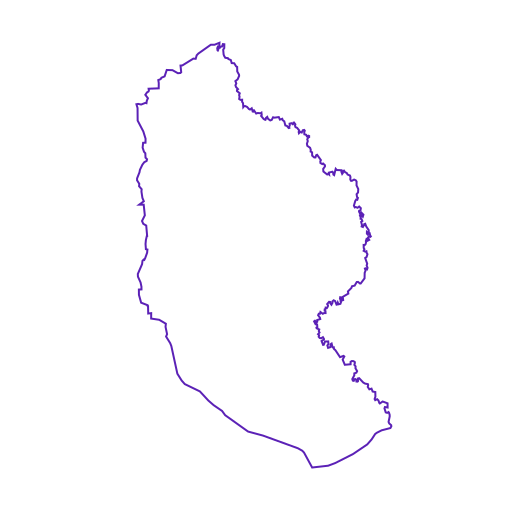 Na Pho, Buri Ram, Thailand (Equal Earth projection), rotated 355°
{"feature_id": "78962969B90341089131136", "entity_name": "Na Pho", "entity_type": "district", "adm_level": 2, "iso_a3": "THA", "parent_name": "Thailand", "parent_adm1": "Buri Ram", "projection": "equal_earth", "projection_center": [102.972, 15.699], "detail": "fine", "context": "isolated", "style": "outline", "palette": "violet", "viewbox_px": 512, "rotation_deg": 355, "n_neighbors": 0, "source": "geoboundaries", "source_scale": "gbopen_adm2", "svg_char_len": 6090}
<svg xmlns="http://www.w3.org/2000/svg" viewBox="0 0 512 512"><g transform="rotate(355 256 256)"><path d="M238.2,40.4L233.2,41.9L229.4,41.6L216.2,49.3L214.4,50.9L213.1,54.3L210.8,53.9L199.3,59.7L197.4,59.7L197.5,66.4L196.6,67.1L194.1,67.1L189.0,63.6L183.3,62.9L180.6,69.1L177.3,70.2L176.4,71.5L174.0,72.2L174.2,75.2L173.7,80.5L163.6,80.0L163.7,81.9L163.2,82.8L161.7,83.5L159.8,85.8L162.1,89.4L160.8,91.7L160.2,94.2L159.2,93.8L154.8,95.1L151.8,94.2L150.1,94.4L150.9,98.2L149.9,110.8L154.6,122.1L156.2,129.5L155.8,133.5L153.4,133.4L152.5,138.2L153.5,142.4L154.7,144.0L154.5,148.4L155.9,150.1L155.3,151.8L152.9,152.8L150.8,155.1L147.9,160.0L147.2,162.5L144.3,168.3L144.1,170.2L146.0,173.9L145.6,176.3L147.9,179.5L147.5,181.9L147.9,188.2L149.0,191.7L144.1,194.7L148.6,195.1L148.8,205.8L145.5,211.2L146.5,214.1L149.3,216.1L149.3,226.5L149.0,226.5L147.7,230.5L147.0,234.4L146.9,239.6L148.4,240.1L147.8,243.3L145.4,248.5L144.4,250.1L143.9,249.7L142.5,250.9L141.8,254.2L136.7,263.6L136.6,266.3L138.7,272.3L139.2,276.6L139.0,279.3L136.4,279.2L136.0,284.5L137.5,292.5L143.6,295.5L143.5,296.0L144.1,296.4L143.6,303.9L146.6,303.8L146.1,309.2L154.0,311.1L160.3,315.6L159.7,318.7L160.6,326.1L159.4,328.4L162.9,335.3L163.8,338.3L167.4,366.4L171.1,373.6L173.9,377.4L188.3,386.0L195.9,395.8L200.8,400.9L208.7,407.4L211.4,411.9L232.8,430.2L247.3,435.5L281.0,451.2L285.1,454.0L286.7,456.0L293.5,471.6L309.6,471.2L316.8,469.2L335.5,461.7L350.4,453.4L355.2,448.8L359.2,443.7L361.0,442.6L366.0,440.6L374.9,439.1L376.0,437.4L375.9,436.3L374.1,434.4L373.6,432.8L375.2,427.5L375.3,425.9L374.8,423.6L374.4,423.0L373.0,423.7L371.6,423.1L370.7,419.0L371.3,417.7L373.9,418.4L374.2,414.2L369.5,412.0L366.5,413.7L366.0,413.1L365.4,410.6L364.2,409.2L362.2,410.0L361.7,408.8L362.7,406.5L363.0,401.9L360.4,401.2L359.5,398.2L357.3,398.7L355.9,396.1L356.5,394.4L356.3,393.4L353.5,392.6L351.8,391.4L348.1,386.7L346.8,386.9L346.7,389.6L346.2,390.0L345.1,389.8L345.1,388.1L344.1,387.2L343.4,387.3L342.5,388.9L341.6,388.6L341.2,387.0L343.5,383.5L343.7,381.5L345.8,381.0L346.7,379.5L345.3,376.5L345.6,374.6L344.5,373.0L345.2,371.1L345.1,370.1L343.8,369.2L342.2,369.0L341.0,369.7L340.8,372.1L335.0,372.1L333.3,366.8L335.2,363.8L334.5,363.1L330.9,364.1L326.8,356.6L325.7,355.6L325.5,353.8L324.8,354.0L324.3,353.5L323.7,349.8L322.8,350.3L322.1,353.3L319.8,353.8L319.3,351.3L320.5,350.1L320.5,347.4L317.3,347.2L315.8,350.3L315.1,350.4L313.9,346.4L316.4,345.1L316.5,344.6L315.6,342.7L313.7,343.6L312.3,343.2L311.4,341.9L312.0,340.4L311.0,339.3L312.6,337.8L312.0,336.2L312.6,334.7L310.1,333.3L310.0,332.6L310.9,332.3L310.9,329.6L309.4,329.2L308.2,326.2L309.1,325.6L310.7,327.4L311.3,326.8L311.4,325.1L314.5,324.4L314.3,323.0L312.7,320.4L313.5,319.0L314.7,319.1L315.3,317.4L317.5,319.4L318.8,318.8L320.3,318.9L320.4,316.9L319.6,316.4L319.8,315.1L320.6,314.9L320.9,313.5L322.1,314.0L323.2,312.5L323.4,311.4L322.7,310.1L324.8,308.0L325.9,308.3L325.9,309.6L326.9,311.1L328.1,309.3L328.2,307.9L329.5,306.9L330.9,307.8L332.0,311.5L332.6,311.4L333.4,309.5L334.0,311.3L335.9,311.0L336.7,309.3L336.3,308.3L336.5,306.9L335.9,305.9L336.3,304.4L337.0,304.6L337.5,307.9L339.0,307.5L338.8,304.3L344.7,301.5L344.5,299.3L348.2,296.2L349.0,294.5L351.7,294.1L354.1,290.7L355.4,290.7L357.2,292.5L357.9,292.5L362.2,287.7L362.8,282.2L363.9,280.0L363.4,278.0L364.1,277.8L365.5,278.9L366.1,277.5L365.4,275.0L366.1,273.4L364.6,267.5L366.1,266.6L367.2,263.9L366.6,262.8L366.4,260.9L365.2,261.2L363.7,260.2L364.6,258.7L364.0,257.4L364.2,254.4L365.2,254.6L366.2,253.7L366.9,251.7L366.7,250.7L367.6,248.7L368.1,249.0L368.5,250.5L370.2,249.8L369.1,247.5L370.1,246.5L371.6,246.9L372.1,246.4L371.6,245.8L371.2,243.2L369.9,243.2L369.3,244.5L368.4,243.4L368.6,241.7L369.2,242.3L370.4,242.1L370.5,240.0L368.4,236.2L367.6,233.4L366.6,233.7L366.5,234.9L365.6,235.0L365.0,236.4L363.8,235.8L364.3,234.5L363.7,231.2L365.0,230.4L364.4,228.5L363.4,228.0L363.7,227.0L363.1,224.7L365.3,224.2L365.0,225.4L365.8,226.2L366.6,224.2L364.7,221.9L363.3,222.8L362.5,220.8L362.7,220.0L364.0,219.9L364.6,217.5L363.1,215.7L361.4,216.8L359.6,215.9L358.6,216.2L357.9,214.4L359.7,209.8L360.8,208.4L361.8,208.8L362.6,207.0L361.8,206.1L361.6,203.2L363.2,201.6L363.7,198.2L362.3,194.4L362.7,190.6L362.0,189.3L360.4,188.4L358.0,189.5L357.1,189.3L356.6,187.8L357.0,185.6L356.6,184.0L354.3,182.8L353.7,181.3L352.0,180.2L351.1,178.6L350.0,179.0L349.8,180.8L349.0,181.7L348.4,179.6L348.6,178.0L344.0,177.4L343.0,176.1L340.9,182.2L340.2,181.6L340.1,179.6L339.5,178.7L335.8,179.3L335.9,181.2L335.1,180.4L334.0,181.0L330.5,177.7L330.5,175.1L332.5,172.8L332.6,171.6L330.9,169.7L330.0,170.2L328.3,169.0L328.3,167.2L329.0,166.1L325.7,160.5L324.8,160.8L323.8,163.0L322.6,162.9L320.7,160.9L320.9,157.6L319.5,156.7L319.8,155.0L319.3,152.9L316.7,150.7L316.5,148.6L317.6,146.0L317.2,144.2L318.4,142.5L319.3,142.2L319.4,141.1L318.7,140.7L317.1,141.2L316.5,139.6L314.8,139.0L314.8,137.1L315.5,135.4L315.0,134.6L313.6,134.8L312.3,137.0L310.8,136.2L309.5,137.4L309.3,136.2L310.0,134.7L308.1,131.9L306.6,131.1L306.2,129.6L306.7,128.3L305.5,126.3L305.0,126.4L304.7,127.6L304.2,128.0L302.9,126.8L301.0,127.1L301.0,128.9L300.3,130.1L300.4,131.3L299.7,131.4L298.1,129.1L296.6,128.5L295.9,124.3L294.4,123.0L294.1,121.6L291.7,122.2L290.8,119.6L286.5,119.8L285.1,119.3L283.5,121.8L282.0,122.2L279.9,120.3L279.3,118.4L277.9,119.4L277.5,121.0L277.1,121.2L275.6,120.2L273.3,116.9L274.0,116.1L273.9,113.7L273.0,114.2L270.2,113.7L268.6,114.1L266.6,110.6L266.0,110.8L265.7,111.9L265.3,111.8L264.6,108.5L262.8,109.6L261.8,109.0L260.1,106.7L258.3,105.7L257.3,105.6L256.3,106.6L256.4,102.6L255.6,101.2L255.8,99.1L254.1,99.1L252.9,98.1L253.5,95.9L253.2,94.2L254.0,92.5L251.4,90.0L251.5,89.0L252.6,88.2L250.8,85.9L250.4,84.1L251.4,82.4L250.7,80.0L253.1,78.4L254.9,75.1L254.9,73.9L253.4,70.5L253.7,66.0L252.7,65.3L251.1,62.1L248.6,61.7L248.0,58.6L245.6,57.3L245.2,56.4L242.7,55.9L241.7,53.9L241.3,52.4L241.3,47.6L242.5,46.1L242.9,42.3L241.5,42.0L240.5,44.3L239.2,44.3L238.2,45.4L236.6,45.7L236.4,47.2L235.9,48.0L235.6,47.7L235.5,45.6L236.3,44.1L237.0,44.5L237.7,43.6L238.2,40.4Z" fill="none" stroke="#5b21b6" stroke-width="2"/></g></svg>